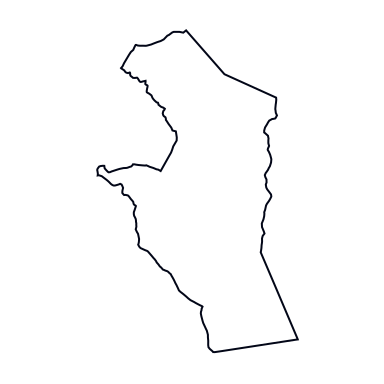 outline of Morne Ciseaux, Anse-la-Raye, Saint Lucia, rotated 355°
{"feature_id": "8701671B86288644178895", "entity_name": "Morne Ciseaux", "entity_type": "district", "adm_level": 2, "iso_a3": "LCA", "parent_name": "Saint Lucia", "parent_adm1": "Anse-la-Raye", "projection": "orthographic", "projection_center": [-61.005, 13.936], "detail": "fine", "context": "isolated", "style": "outline", "palette": "ink", "viewbox_px": 384, "rotation_deg": 355, "n_neighbors": 0, "source": "geoboundaries", "source_scale": "gbopen_adm2", "svg_char_len": 4809}
<svg xmlns="http://www.w3.org/2000/svg" viewBox="0 0 384 384"><g transform="rotate(355 192 192)"><path d="M200.2,30.5L197.8,32.1L197.2,32.5L193.5,31.4L190.0,31.1L187.7,30.9L186.3,31.3L182.6,33.6L181.1,34.1L179.6,35.4L177.2,37.5L175.8,38.1L173.9,38.9L172.0,39.3L170.3,39.7L166.8,40.7L164.2,41.5L159.6,42.3L158.4,42.3L156.7,42.1L155.0,41.9L153.3,41.8L151.9,41.6L150.6,41.3L149.2,40.6L148.7,40.6L148.2,41.2L147.0,43.2L146.3,44.5L145.9,45.3L143.3,47.2L141.4,49.6L138.3,53.9L135.5,57.8L133.9,60.6L133.4,61.1L133.1,61.5L132.1,62.4L132.3,62.7L133.2,63.4L135.2,65.0L135.5,65.7L135.7,66.0L136.3,66.9L137.2,67.5L137.9,67.7L138.6,68.0L139.7,67.7L140.0,67.6L140.4,67.5L140.7,68.0L140.7,68.4L140.7,68.9L140.6,69.9L141.0,71.0L141.5,71.5L142.5,72.4L143.1,73.1L144.1,73.3L145.6,73.4L146.6,73.3L147.2,73.3L148.1,74.4L148.4,75.2L148.5,75.3L149.2,76.8L149.7,77.4L150.1,77.8L150.7,77.9L151.7,77.8L152.4,77.6L154.0,77.4L155.4,77.2L155.4,77.8L155.0,79.6L154.9,80.4L155.5,81.1L155.9,81.3L156.1,81.4L156.5,81.7L156.7,81.8L157.0,82.2L156.9,83.2L156.3,85.0L155.8,86.9L155.6,88.1L155.7,88.7L156.4,89.3L157.5,90.0L158.4,90.7L159.1,91.4L159.6,91.8L159.9,92.1L160.1,92.4L160.4,93.4L160.7,94.5L161.5,96.0L162.9,97.9L163.2,98.1L164.5,99.6L165.9,100.1L166.1,100.8L166.2,102.1L167.2,103.1L168.7,104.5L170.8,105.5L172.2,106.7L171.8,107.5L170.4,109.0L169.7,111.1L170.0,112.9L170.5,113.9L172.0,115.2L172.3,116.2L172.3,118.0L172.7,118.6L173.5,120.1L174.6,122.2L177.0,126.1L177.9,129.0L179.5,129.6L180.7,130.0L181.2,130.2L181.6,136.3L181.2,139.4L177.3,144.9L176.0,148.0L174.6,150.9L172.5,153.9L162.6,168.4L160.4,166.8L158.6,166.3L155.6,164.7L152.0,163.2L150.3,162.2L148.7,161.4L147.8,161.6L145.2,161.2L141.3,160.5L138.7,159.9L137.0,159.4L135.6,159.3L135.0,160.2L133.6,161.3L131.9,161.6L130.6,162.0L129.2,162.3L128.2,162.3L125.8,162.2L121.8,162.7L119.4,163.2L113.8,164.5L113.5,164.6L112.0,165.1L110.6,165.1L109.8,164.4L108.5,162.8L107.1,160.9L107.0,160.2L106.9,158.3L105.3,158.1L103.1,158.2L101.7,158.6L100.2,160.3L99.7,161.1L99.6,161.5L99.5,161.9L99.7,163.6L99.8,165.6L99.6,166.9L99.5,167.3L100.7,167.2L103.5,168.4L104.8,169.6L107.9,172.4L109.6,174.1L110.8,175.5L111.8,176.8L113.4,178.2L114.8,178.8L116.1,178.8L117.7,178.5L119.7,178.1L121.1,177.6L122.5,178.4L123.1,179.9L123.7,181.9L122.9,184.3L122.6,185.8L122.6,186.0L122.5,186.9L122.9,187.5L123.5,188.4L124.1,189.1L125.5,189.1L127.8,189.8L128.7,190.8L130.6,193.9L131.9,195.6L132.6,196.7L132.7,198.0L133.0,199.3L133.5,199.8L134.7,200.7L134.9,201.1L134.7,201.6L133.3,204.9L132.3,207.0L132.1,208.9L132.3,210.7L133.0,212.3L133.6,214.0L133.7,215.8L133.6,216.9L133.8,218.2L133.6,220.2L133.6,221.4L133.3,222.6L132.9,223.6L132.7,224.4L133.6,226.9L134.6,229.0L134.8,230.7L135.2,234.2L134.7,237.3L134.1,239.2L133.8,239.8L134.6,241.7L135.1,242.5L135.9,243.4L137.3,244.2L140.3,245.9L142.2,246.8L142.9,247.4L146.3,252.1L148.1,254.7L148.6,255.3L149.0,255.8L150.1,257.6L150.4,258.2L150.6,259.0L152.1,261.0L152.9,262.3L153.3,263.1L154.0,263.9L154.5,264.3L155.6,265.8L156.2,266.7L157.9,267.5L158.4,267.9L160.2,268.6L161.3,269.4L162.6,271.0L163.7,272.0L164.2,273.4L165.3,275.7L166.1,277.5L166.8,279.3L167.5,281.3L168.4,283.3L169.6,286.5L170.2,288.3L170.3,288.6L170.4,288.9L171.8,290.5L172.9,291.5L174.5,293.0L177.0,295.5L178.3,296.9L179.0,297.7L179.8,298.4L180.5,299.1L181.2,299.7L183.1,300.9L184.7,301.9L185.9,302.8L188.2,304.3L190.1,305.5L192.0,306.6L192.5,307.1L191.4,309.2L191.2,310.5L190.5,312.1L190.2,313.8L190.5,316.6L191.3,321.3L191.8,323.6L192.9,326.6L193.9,329.4L194.7,331.5L195.4,335.6L195.2,338.1L195.2,339.6L195.2,341.7L195.0,343.7L194.8,345.9L194.9,348.1L196.0,349.8L198.5,352.4L198.9,352.9L199.1,353.3L200.8,353.5L207.5,353.1L282.4,348.2L284.5,348.1L284.3,347.3L266.8,293.5L255.5,259.0L255.2,258.0L255.6,256.8L256.3,253.8L256.7,251.0L257.2,249.0L257.5,247.5L257.7,244.4L258.6,241.9L260.6,239.7L260.1,237.5L258.7,233.1L258.8,229.4L260.8,225.5L261.8,222.4L262.2,220.0L262.2,218.4L263.3,216.1L264.6,211.9L265.6,210.3L268.1,207.4L269.4,205.5L270.6,203.5L270.6,202.6L270.5,201.3L269.1,199.0L267.2,196.0L266.4,194.1L266.2,191.6L266.2,190.9L267.1,189.0L267.2,187.3L267.3,186.0L266.4,183.7L266.0,181.5L267.1,179.5L268.1,178.4L269.6,176.6L270.6,174.8L271.8,173.2L273.3,169.6L273.6,168.0L273.9,166.2L273.6,164.4L273.1,161.7L272.1,158.7L271.3,157.1L271.1,156.5L271.3,155.9L271.5,155.1L271.9,154.6L272.5,153.4L272.8,152.8L272.7,152.1L272.5,151.4L272.4,150.5L272.3,150.0L272.6,146.9L272.9,145.4L272.7,143.8L272.6,142.6L271.3,141.2L269.9,139.7L269.1,139.0L269.3,137.0L270.4,134.1L272.5,131.3L273.9,129.2L275.2,127.6L276.6,127.0L278.1,126.3L280.1,126.2L280.8,126.0L281.3,126.0L282.1,125.1L282.8,123.8L283.3,123.3L283.2,122.8L282.7,121.3L282.4,120.5L282.3,117.7L282.2,116.7L282.5,114.9L283.0,112.2L283.4,110.6L284.0,107.4L284.0,105.3L234.6,77.5L200.2,30.5Z" fill="none" stroke="#020617" stroke-width="2"/></g></svg>